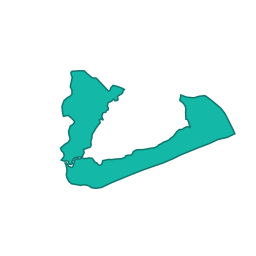 Commonwealth, Grand Cape Mount, Liberia, rotated 315°
{"feature_id": "62588387B80584494728088", "entity_name": "Commonwealth", "entity_type": "district", "adm_level": 2, "iso_a3": "LBR", "parent_name": "Liberia", "parent_adm1": "Grand Cape Mount", "projection": "mercator", "projection_center": [-11.29, 6.738], "detail": "fine", "context": "isolated", "style": "filled", "palette": "teal", "viewbox_px": 256, "rotation_deg": 315, "n_neighbors": 0, "source": "geoboundaries", "source_scale": "gbopen_adm2", "svg_char_len": 3601}
<svg xmlns="http://www.w3.org/2000/svg" viewBox="0 0 256 256"><g transform="rotate(315 128 128)"><path d="M184.3,145.0L184.1,146.1L184.6,148.2L184.6,149.5L184.2,152.3L183.3,154.1L182.2,155.6L179.9,157.5L178.4,159.3L176.2,161.5L175.2,162.6L176.0,164.2L175.9,164.8L174.8,167.2L174.6,167.5L173.4,169.3L173.2,170.5L172.4,171.5L172.1,170.6L170.4,168.7L168.0,167.7L166.1,167.5L164.7,166.9L163.5,165.6L162.6,165.3L159.8,165.1L156.8,165.7L153.6,165.9L150.3,165.3L149.2,165.5L147.8,165.2L145.6,164.3L142.8,163.0L140.6,162.7L137.9,161.7L135.9,161.8L133.5,161.0L132.1,160.2L130.4,158.9L128.3,157.3L126.8,156.4L124.7,154.9L122.4,153.1L120.5,151.1L118.2,149.3L115.0,148.4L113.7,149.0L111.8,149.5L110.2,148.8L109.2,147.7L108.4,147.0L107.0,146.1L105.8,146.4L104.4,146.4L101.3,144.8L99.8,143.5L97.4,141.3L94.0,138.7L92.2,136.6L89.7,135.0L87.1,133.2L84.7,134.7L83.3,135.0L82.0,134.6L81.0,133.6L81.1,132.2L81.3,130.7L80.8,129.8L80.6,128.7L80.8,126.9L81.1,125.4L81.3,124.1L80.2,122.8L78.8,121.1L78.1,120.9L77.9,120.8L76.1,119.2L75.3,118.7L74.9,117.8L74.3,116.7L73.9,116.5L73.7,116.4L72.2,115.9L71.6,115.3L71.1,114.7L70.0,113.7L68.8,113.1L67.6,113.1L66.9,113.4L65.9,113.9L63.0,115.9L62.6,115.9L61.1,116.5L60.8,116.4L60.6,116.3L59.8,115.1L59.6,114.7L59.1,114.0L59.0,112.9L59.6,111.2L59.8,110.0L59.7,109.0L58.7,108.3L58.3,109.7L56.4,112.8L54.9,114.9L54.6,115.1L51.5,117.3L49.7,119.9L48.4,123.8L48.6,127.4L49.0,128.0L51.5,131.5L53.9,135.1L54.7,135.5L56.0,136.4L58.1,138.8L59.7,141.8L59.8,144.2L62.8,148.1L67.4,151.4L76.8,154.7L83.7,157.5L92.8,161.3L101.0,164.8L108.4,168.0L117.4,172.3L128.0,177.5L138.8,181.8L140.6,182.4L145.5,184.0L163.9,191.7L173.3,196.0L179.4,198.3L183.6,199.8L191.5,204.8L199.5,207.6L201.0,203.9L203.6,195.9L206.8,186.3L207.6,179.8L207.3,175.9L206.8,169.4L206.2,165.0L206.1,163.8L205.3,159.6L201.1,156.1L200.4,155.7L195.9,153.2L191.4,147.8L189.6,144.1L188.7,142.0L186.6,143.6L184.3,145.0ZM152.7,98.2L152.0,95.9L150.1,91.5L147.6,87.3L144.3,87.5L141.6,88.7L140.3,88.1L140.3,87.4L140.5,80.5L140.8,70.3L138.2,67.3L138.1,66.6L137.8,63.4L137.5,59.7L137.5,56.7L136.8,55.9L134.0,53.1L128.5,48.3L127.9,48.3L127.1,48.3L125.5,50.0L124.5,52.7L120.6,55.2L117.7,57.1L116.4,58.0L115.1,61.6L112.6,64.2L110.4,64.7L106.1,63.6L105.5,63.6L102.2,63.4L99.7,64.5L96.6,66.0L93.7,69.5L91.4,72.7L90.6,74.1L94.6,76.8L95.0,81.0L95.0,85.1L93.5,86.5L92.5,86.5L90.9,86.4L88.7,85.8L83.7,88.2L81.8,90.7L81.5,91.1L79.3,95.0L75.7,95.8L71.5,94.8L66.0,94.5L64.9,97.2L64.9,100.1L63.1,102.7L60.4,103.3L58.1,103.4L58.3,103.9L59.4,106.2L59.4,106.4L60.1,106.9L61.2,107.7L61.7,108.2L62.0,108.9L62.0,109.5L61.5,110.6L61.0,112.1L61.3,112.9L62.5,113.8L63.7,113.8L64.5,112.0L66.5,111.9L67.5,111.2L69.8,111.6L70.2,111.8L71.8,113.3L72.8,113.7L73.9,114.8L75.8,116.0L76.7,115.3L79.4,114.6L80.7,112.7L81.6,111.6L82.1,112.1L82.9,112.6L84.4,113.1L86.0,114.0L87.4,114.7L88.5,114.7L89.7,114.1L90.8,113.0L92.1,111.3L93.7,110.3L95.3,109.7L96.9,108.1L97.1,108.0L97.6,107.5L99.5,106.9L102.6,106.2L104.0,105.7L106.1,105.4L107.8,105.1L109.3,104.9L110.0,104.8L111.9,104.7L112.4,104.1L113.3,102.8L113.8,101.9L114.5,102.0L115.3,102.5L115.5,103.3L115.6,104.1L116.1,104.5L116.4,104.3L117.1,102.5L117.7,101.1L118.9,100.7L120.7,99.6L121.7,100.0L122.7,100.5L123.3,101.1L123.9,100.8L124.7,100.5L125.9,100.8L126.7,101.1L127.7,100.5L128.5,99.3L128.8,97.9L129.6,97.5L130.0,97.1L131.7,96.2L132.6,96.2L134.1,97.0L135.5,97.4L136.9,97.2L138.1,97.3L138.4,97.7L138.2,98.7L138.1,99.7L138.7,100.1L139.5,100.7L140.5,101.1L141.5,100.2L142.4,98.7L143.5,98.3L145.2,98.7L147.8,99.4L149.4,99.2L150.5,98.2L151.4,98.3L152.7,98.2Z" fill="#14b8a6" stroke="#0f766e" stroke-width="1.5"/></g></svg>